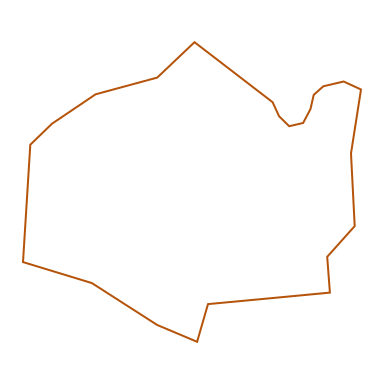 SVG path tracing the border of Buhweju
{"feature_id": "UGA-5624", "entity_name": "Buhweju", "entity_type": "District", "adm_level": 1, "iso_a3": "UGA", "parent_name": "Uganda", "parent_adm1": "", "projection": "natural_earth1", "projection_center": [30.364, -0.352], "detail": "fine", "context": "isolated", "style": "outline", "palette": "amber", "viewbox_px": 384, "rotation_deg": 0, "n_neighbors": 0, "source": "natural_earth", "source_scale": "10m", "svg_char_len": 402}
<svg xmlns="http://www.w3.org/2000/svg" viewBox="0 0 384 384"><path d="M194.5,42.2L272.6,102.2L279.1,116.3L289.2,126.2L303.1,123.0L310.5,109.0L313.7,94.9L323.3,86.3L343.6,81.5L361.0,89.5L351.0,153.4L354.7,226.1L327.2,256.8L329.9,292.6L208.0,304.1L197.1,341.8L157.2,325.0L91.9,283.1L23.0,262.1L30.3,144.7L52.0,123.7L95.6,94.3L157.2,77.6L194.5,42.2Z" fill="none" stroke="#b45309" stroke-width="2"/></svg>